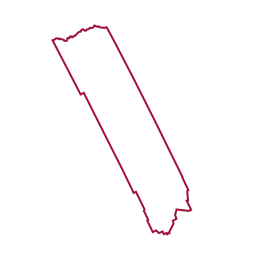 Riverside, California, United States of America (Albers equal-area conic projection), rotated 243°
{"feature_id": "52423323B62695195222235", "entity_name": "Riverside", "entity_type": "district", "adm_level": 2, "iso_a3": "USA", "parent_name": "United States of America", "parent_adm1": "California", "projection": "albers", "projection_center": [-115.203, 33.753], "detail": "fine", "context": "isolated", "style": "outline", "palette": "rose", "viewbox_px": 256, "rotation_deg": 243, "n_neighbors": 0, "source": "geoboundaries", "source_scale": "gbopen_adm2", "svg_char_len": 2541}
<svg xmlns="http://www.w3.org/2000/svg" viewBox="0 0 256 256"><g transform="rotate(243 128 128)"><path d="M240.4,100.6L185.6,101.0L179.4,101.0L179.4,104.6L153.3,104.4L133.1,104.3L111.2,104.2L96.5,104.2L82.1,103.9L67.6,103.6L67.5,106.1L55.4,105.9L54.2,105.9L47.9,105.8L47.0,104.5L43.9,104.5L37.0,104.3L36.9,104.3L36.7,103.1L26.4,102.9L24.0,102.8L24.0,104.0L23.9,106.6L20.3,107.9L20.1,111.8L17.1,111.8L17.0,114.8L15.5,114.7L15.7,116.2L15.6,116.4L15.6,117.3L16.5,117.4L21.9,124.9L22.7,125.3L24.6,125.8L25.0,125.9L25.1,129.9L29.2,130.5L33.4,134.3L30.2,139.0L26.4,144.7L26.4,147.1L36.5,147.3L36.0,148.5L39.4,149.9L43.8,151.7L44.4,151.9L44.9,152.2L45.2,153.6L52.0,153.7L55.6,153.9L59.6,154.0L59.7,154.3L71.6,154.5L71.9,154.5L74.2,154.5L123.7,155.2L125.7,155.2L168.8,155.4L213.2,155.1L227.4,154.7L227.8,153.6L227.7,153.0L227.7,152.8L228.4,151.6L228.8,151.3L229.2,150.7L229.3,150.5L229.5,150.0L229.9,149.2L230.1,149.0L230.6,148.6L231.1,148.5L231.4,148.4L232.0,147.8L232.0,147.6L232.0,147.1L232.1,146.6L233.3,145.6L234.5,144.8L234.5,144.7L234.4,144.3L233.7,143.4L233.4,142.4L233.4,141.5L234.2,140.2L234.3,140.0L234.5,139.8L234.5,139.6L234.4,139.4L234.3,139.2L234.1,138.9L234.1,138.5L234.2,138.3L234.3,138.0L234.3,137.6L234.2,137.3L234.2,137.1L234.1,136.8L234.1,136.6L234.2,136.3L234.3,136.1L234.4,135.9L234.4,135.6L234.3,135.4L234.2,135.3L234.1,135.1L234.0,134.8L234.0,134.5L234.0,134.2L234.2,133.9L234.5,133.6L234.8,133.4L235.3,133.1L235.8,133.0L236.4,132.7L236.5,131.7L236.5,131.2L236.4,130.8L236.1,130.6L236.0,130.4L235.8,130.1L235.7,129.9L235.4,129.7L235.6,128.9L235.7,128.5L235.8,128.1L235.8,127.7L235.8,127.4L235.6,126.7L234.9,125.0L234.7,124.1L234.1,122.8L234.2,122.7L234.5,122.5L234.6,122.2L234.7,121.9L234.7,121.7L234.4,121.1L234.3,120.8L234.0,120.0L234.0,119.7L234.2,119.3L234.4,119.2L234.9,119.2L235.0,119.1L235.7,118.7L235.8,118.5L235.8,118.4L235.8,117.8L235.7,117.6L235.2,117.1L234.9,116.9L234.8,116.7L234.7,116.4L234.8,116.1L235.1,115.9L235.3,115.8L235.4,115.6L235.5,115.5L235.5,115.4L235.4,115.2L235.2,114.8L234.7,114.2L234.3,113.8L234.1,113.7L233.7,113.5L233.6,113.3L233.6,112.8L234.0,111.7L234.5,111.0L234.9,110.8L235.2,110.9L235.3,110.9L236.0,110.5L236.3,110.1L237.0,109.4L237.2,109.2L237.3,108.9L237.7,108.6L238.0,108.3L238.2,107.9L238.3,107.8L238.6,107.8L238.7,107.7L238.7,107.4L238.6,106.9L238.5,106.7L238.8,106.4L239.1,106.4L239.4,106.2L239.9,105.9L240.1,105.7L240.2,105.4L240.4,104.9L240.5,104.1L240.4,103.7L240.2,103.1L240.1,102.8L240.1,102.4L240.3,101.3L240.4,100.6Z" fill="none" stroke="#9f1239" stroke-width="2"/></g></svg>